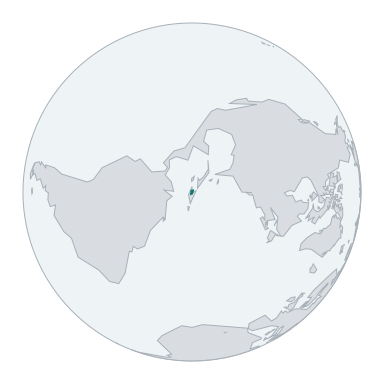 globe centered on Ouest, rotated 99°
{"feature_id": "HTI-1388", "entity_name": "Ouest", "entity_type": "Department", "adm_level": 1, "iso_a3": "HTI", "parent_name": "Haiti", "parent_adm1": "", "projection": "orthographic", "projection_center": [-72.52, 18.618], "detail": "fine", "context": "on_globe", "style": "filled", "palette": "teal", "viewbox_px": 384, "rotation_deg": 99, "n_neighbors": 0, "source": "natural_earth", "source_scale": "10m", "svg_char_len": 9825}
<svg xmlns="http://www.w3.org/2000/svg" viewBox="0 0 384 384"><g transform="rotate(99 192 192)"><circle cx="192" cy="192" r="169" fill="#eef3f6" stroke="#a8b0b8"/><path d="M175.5,221.9L171.5,220.0L167.6,224.8L154.2,216.1L149.5,205.9L109.4,185.7L105.6,179.9L106.0,171.5L95.4,141.6L98.7,168.6L94.1,162.7L90.9,152.7L93.4,150.8L92.2,136.8L88.5,130.7L90.6,113.8L103.0,94.7L103.8,98.3L106.7,93.8L105.9,89.2L104.7,87.4L113.5,69.6L112.7,59.1L106.9,59.7L112.6,56.9L97.7,61.4L93.7,60.6L101.7,59.3L105.2,57.5L104.2,55.5L107.5,53.3L108.9,51.3L113.0,49.1L117.3,49.1L120.1,47.8L119.2,46.6L122.7,43.9L123.6,45.9L129.9,41.7L138.3,42.1L137.3,51.1L145.4,51.3L153.5,60.9L156.2,58.8L160.9,61.9L165.8,60.8L165.9,63.4L169.7,60.4L168.6,58.2L170.0,56.3L172.7,55.6L173.4,58.6L172.1,59.4L173.7,60.0L172.8,61.9L174.8,60.6L175.2,64.6L178.9,59.7L182.7,62.3L181.9,65.2L176.6,66.0L161.6,76.5L159.1,80.6L160.9,85.2L175.6,91.0L175.1,95.5L178.4,100.7L181.1,97.5L179.6,92.3L185.5,88.1L182.9,82.8L184.9,80.5L184.4,75.1L190.2,75.0L196.2,77.9L196.9,82.6L199.6,84.2L203.5,79.3L209.4,88.1L221.1,94.6L222.0,97.3L215.4,102.6L203.5,103.2L194.9,112.1L206.3,105.7L208.4,113.3L211.2,114.5L214.4,113.9L216.0,110.9L217.9,113.6L207.3,120.5L205.4,118.1L208.7,115.8L203.2,116.4L196.0,122.0L197.6,125.9L185.2,131.7L186.1,134.8L184.0,138.0L183.2,132.6L184.3,142.7L169.9,154.0L171.1,172.2L163.6,158.0L157.0,156.1L149.1,156.1L149.1,159.1L138.6,156.3L128.9,161.8L125.1,175.9L128.5,187.2L140.2,188.5L143.9,182.6L152.6,181.8L146.1,197.9L161.2,200.9L159.5,213.1L163.9,219.5L171.5,218.0L179.4,221.1L185.1,214.1L194.2,210.2L194.4,220.0L199.4,210.9L204.5,215.5L222.6,214.3L221.3,216.6L236.5,227.1L252.9,230.4L256.8,236.9L254.8,241.5L260.5,242.0L260.5,244.7L282.8,245.4L293.9,250.0L293.3,259.4L283.7,271.8L274.1,294.4L256.5,303.8L251.4,312.2L236.7,324.6L226.1,324.7L228.6,329.7L222.3,333.1L215.3,333.8L213.6,337.2L208.4,337.5L211.6,339.5L202.8,343.9L204.8,347.0L198.3,350.0L199.9,351.6L197.5,351.6L195.0,352.2L194.6,353.1L187.6,351.6L186.0,347.8L188.8,345.8L185.7,345.4L191.6,339.8L188.1,340.9L189.5,331.7L194.7,323.4L198.5,296.8L195.0,291.3L182.1,284.6L166.5,262.1L170.7,252.9L167.3,248.3L178.5,234.9L175.5,221.9ZM33.3,146.2L34.6,142.4L34.2,145.4L33.3,146.2ZM35.1,139.8L34.7,141.1L35.0,139.9L35.1,139.8ZM35.2,138.7L35.1,139.5L35.0,138.9L35.2,138.7ZM35.1,137.7L35.2,138.0L35.1,137.7ZM170.1,178.3L187.4,187.1L177.5,188.1L179.4,186.5L175.0,182.9L166.9,179.5L158.2,181.2L170.1,178.3ZM35.4,135.0L35.6,134.2L35.8,134.2L35.4,135.0ZM178.0,168.4L175.0,167.7L178.0,167.6L178.0,168.4ZM103.6,87.1L105.5,89.4L105.0,94.6L103.0,92.8L103.6,87.1ZM105.1,78.3L106.9,78.4L103.5,82.7L103.5,81.3L105.1,78.3ZM102.0,61.0L102.9,62.0L100.9,61.8L102.0,61.0ZM108.4,51.5L107.1,51.9L108.4,50.7L108.4,51.5ZM181.2,75.7L182.7,75.4L182.0,76.5L181.2,75.7ZM179.5,73.7L177.6,75.2L176.5,74.5L177.7,73.6L179.5,73.7ZM115.8,46.4L118.3,44.5L116.5,46.4L115.8,46.4ZM182.1,72.1L174.8,73.1L172.9,71.9L176.0,67.6L182.1,72.1ZM120.3,43.5L126.3,39.5L123.8,40.1L134.2,36.7L125.6,40.9L123.8,42.9L122.8,42.5L120.3,43.5ZM167.1,57.9L168.3,60.1L164.8,59.0L167.1,57.9ZM164.5,57.7L151.6,57.9L151.2,54.7L155.6,55.1L153.0,51.8L159.1,50.0L161.9,51.5L161.0,53.8L164.1,51.4L164.5,57.7ZM138.9,35.8L141.0,35.0L139.6,35.9L138.9,35.8ZM170.2,55.5L167.6,55.7L167.1,52.8L172.1,52.0L170.7,53.1L170.2,55.5ZM149.3,51.9L149.8,49.8L154.9,47.8L155.8,46.8L159.2,49.7L149.3,51.9ZM172.2,53.4L174.7,51.7L177.5,52.5L172.7,55.2L172.2,53.4ZM164.8,52.5L164.8,51.2L166.5,51.6L164.8,52.5ZM188.8,54.9L185.7,54.9L185.1,53.3L188.8,54.9ZM175.4,51.0L174.5,50.7L173.9,50.2L176.1,49.2L175.4,51.0ZM162.6,48.2L164.6,47.9L161.4,46.9L165.1,45.6L166.8,47.9L167.6,46.3L168.7,45.9L168.8,48.3L162.6,48.2ZM176.6,46.8L180.0,49.7L185.8,50.0L186.4,51.3L177.0,50.7L176.6,46.8ZM172.0,47.4L175.0,47.3L174.3,48.8L171.8,49.9L172.0,47.4ZM167.0,43.9L160.9,45.3L160.8,44.8L167.0,43.9ZM178.4,46.5L177.6,45.9L178.9,46.4L178.4,46.5ZM170.7,44.3L168.6,44.8L168.4,44.2L170.7,44.3ZM177.6,44.2L178.7,45.1L177.1,45.8L177.6,44.2ZM174.6,44.0L174.9,43.1L175.8,45.5L173.6,44.3L174.6,44.0ZM170.9,43.6L170.2,43.4L171.8,43.5L170.9,43.6ZM183.3,41.5L184.8,44.4L181.2,45.7L180.2,42.6L183.3,41.5ZM199.3,354.5L188.2,352.2L194.4,353.3L198.9,351.9L204.7,353.6L199.3,354.5ZM212.5,350.6L217.6,349.5L218.8,349.8L215.5,350.7L212.5,350.6ZM323.1,85.4L325.4,88.8L320.9,83.9L312.6,73.8L311.7,72.8L323.1,85.4ZM304.5,65.9L304.3,65.8L300.2,62.2L304.5,65.9ZM298.9,61.2L303.4,65.1L304.8,66.3L307.9,69.2L306.8,68.3L304.8,66.5L305.0,67.2L314.5,76.6L316.9,78.8L320.4,84.8L324.9,89.3L327.5,93.2L320.9,87.2L318.0,84.0L309.6,80.2L312.9,83.9L321.1,88.0L320.6,88.6L325.1,94.5L321.3,90.5L311.4,85.8L311.6,92.4L319.6,110.9L318.0,115.0L313.1,115.1L302.2,100.6L307.0,93.3L303.2,88.8L295.4,85.1L297.5,83.5L294.9,81.3L296.0,78.7L291.0,71.1L291.1,68.5L282.6,62.1L281.6,60.1L286.9,64.3L290.6,66.1L290.2,60.6L288.2,58.5L282.8,55.0L283.3,54.3L278.1,51.7L274.7,47.9L274.4,50.6L268.0,47.4L262.4,43.6L260.3,43.3L269.4,49.5L273.0,51.7L276.2,52.6L286.2,59.9L287.7,62.7L277.2,57.5L278.2,61.1L269.5,56.1L250.3,41.2L245.5,37.2L251.4,35.8L256.2,37.9L256.5,39.2L262.2,40.3L258.9,39.1L259.3,38.7L253.3,36.2L253.4,35.9L247.5,34.3L246.9,33.7L250.6,34.7L241.2,31.2L238.1,29.8L236.0,29.2L234.5,29.0L231.6,27.8L230.2,27.5L230.5,27.7L227.9,27.3L222.0,26.4L221.4,26.0L223.4,26.3L226.6,26.6L228.4,27.0L241.1,30.3L253.6,34.7L265.7,39.9L277.3,46.2L288.4,53.3L298.9,61.2ZM225.8,26.5L222.4,26.0L219.0,25.6L220.2,25.5L219.5,25.5L217.7,25.2L215.2,24.8L213.6,24.8L194.0,24.1L187.2,23.6L190.5,23.2L176.0,24.0L169.6,24.6L169.9,24.6L163.3,25.7L165.2,25.5L164.9,25.7L148.6,29.7L144.3,30.8L137.7,33.7L137.9,33.8L140.8,33.1L134.2,36.7L123.8,40.1L123.9,39.4L117.4,42.4L118.6,40.7L116.6,41.1L121.6,38.4L120.9,38.7L125.1,36.8L126.7,36.4L126.0,36.5L127.7,35.8L129.2,35.2L129.5,35.0L141.1,30.9L152.9,27.6L164.9,25.2L177.1,23.7L189.3,23.1L201.5,23.3L213.7,24.4L225.8,26.5ZM353.0,243.4L353.0,243.2L353.7,241.1L353.0,243.4ZM357.2,227.4L358.6,219.8L359.0,203.2L359.2,190.6L358.3,187.1L357.1,190.9L355.5,186.7L354.4,188.2L344.1,203.0L338.4,199.0L325.7,181.3L325.7,170.6L321.3,160.6L317.8,115.8L322.1,114.6L325.0,100.8L326.3,100.7L331.3,108.5L337.9,110.0L333.6,102.0L334.1,100.7L340.2,110.8L345.6,121.6L350.2,132.7L354.0,144.1L357.0,155.8L359.2,167.6L360.5,179.5L361.0,191.6L360.6,203.6L359.3,215.6L357.2,227.4ZM324.8,135.6L326.3,138.7L324.8,135.6ZM223.2,214.2L225.4,215.9L222.5,216.2L223.2,214.2ZM176.1,192.2L179.8,192.5L181.7,194.0L178.8,194.5L176.1,192.2ZM207.1,192.1L211.4,192.8L206.9,193.8L207.1,192.1ZM190.1,188.2L203.7,191.9L195.1,195.0L186.6,192.8L192.5,191.9L190.1,188.2ZM176.2,174.2L178.5,175.0L177.8,176.8L176.2,174.2ZM180.2,168.4L179.3,168.6L178.2,167.1L180.2,168.4ZM209.0,112.9L209.9,112.4L213.2,112.5L211.7,113.8L209.0,112.9ZM227.9,105.9L230.6,110.5L227.6,107.9L226.0,110.4L217.7,108.4L222.0,98.5L221.5,103.2L227.9,105.9ZM207.8,103.8L212.6,105.7L207.2,104.0L207.8,103.8ZM279.5,73.7L282.1,73.9L284.9,76.8L284.7,81.5L280.6,77.2L279.5,73.7ZM285.1,73.6L274.7,67.8L274.4,65.1L276.3,67.5L277.2,66.3L280.5,69.9L290.4,73.5L293.6,76.4L291.4,82.7L290.4,78.8L287.9,78.7L285.1,73.6ZM248.5,62.3L244.0,61.0L249.2,56.6L252.9,58.5L252.9,62.9L248.6,63.4L248.5,62.3ZM189.0,64.8L186.9,65.4L186.7,64.5L188.3,63.2L189.0,64.8ZM187.4,55.0L197.8,61.4L196.0,62.3L204.3,65.6L202.7,69.4L197.3,67.1L202.3,72.8L196.9,72.2L200.8,75.9L189.1,70.3L184.4,70.4L190.2,68.8L191.9,65.1L191.1,63.6L185.6,59.6L176.2,58.5L176.3,55.2L178.9,53.1L181.2,52.9L180.4,55.0L184.0,53.2L184.6,56.1L187.4,55.0ZM208.8,37.4L206.9,38.9L214.2,37.8L214.9,39.8L215.7,39.6L218.3,41.3L222.8,43.1L222.3,44.1L224.3,44.4L226.0,45.8L228.6,46.6L228.6,48.8L231.7,50.1L229.9,50.4L235.3,52.2L231.3,51.9L233.2,54.0L236.1,53.2L229.9,65.2L230.4,71.2L233.0,76.7L225.8,76.1L218.8,70.9L212.8,64.2L213.4,58.8L210.0,59.8L209.3,57.6L212.3,57.7L207.3,56.3L207.5,54.6L202.2,50.1L194.9,49.6L192.7,48.1L195.7,47.5L191.5,46.5L195.7,44.5L194.3,43.5L197.0,40.7L203.5,40.5L201.4,39.4L203.4,37.6L208.8,37.4ZM184.2,40.7L191.9,39.4L196.0,40.0L189.6,44.6L190.3,45.8L186.4,49.3L180.5,48.4L182.1,47.4L182.4,46.3L184.1,47.0L182.9,45.6L185.2,44.4L184.9,43.0L187.5,42.9L184.2,40.7ZM324.4,96.8L324.8,96.1L324.6,94.4L327.5,98.3L324.4,96.8ZM317.9,93.7L317.8,92.3L321.8,96.5L321.4,97.4L317.9,93.7ZM314.3,88.3L317.5,92.0L315.5,90.5L314.3,88.3ZM286.4,63.1L285.8,61.8L287.1,62.4L289.0,64.1L286.4,63.1ZM230.6,36.2L228.8,36.5L227.8,36.1L222.1,35.7L221.2,34.4L224.3,34.1L230.6,36.2ZM328.4,93.8L328.8,93.5L329.2,94.9L328.4,93.8ZM228.6,34.7L226.3,34.6L227.3,34.0L228.6,34.7ZM220.2,33.4L220.7,32.7L220.4,34.2L220.2,33.4ZM217.5,26.5L226.5,28.3L232.4,29.4L234.7,29.4L235.3,30.4L226.2,28.7L217.5,26.5ZM196.9,24.3L194.9,24.7L193.2,24.4L193.4,24.3L196.9,24.3ZM197.6,24.6L200.0,25.5L197.1,25.7L195.8,24.9L197.6,24.6ZM214.6,29.1L217.4,29.6L216.5,30.0L214.6,29.1ZM140.2,34.9L140.9,35.0L139.1,35.4L140.2,34.9ZM166.1,25.5L165.3,25.8L163.2,26.1L166.1,25.5ZM162.1,27.0L165.0,26.4L162.2,27.2L162.1,27.0ZM171.5,25.3L166.3,26.3L170.8,25.2L171.5,25.3Z" fill="#d9dde1" stroke="#a8b0b8" stroke-width="1"/><path d="M194.0,191.8L193.9,192.0L193.6,192.0L193.4,192.1L193.5,192.1L193.7,192.4L193.7,192.5L193.9,192.6L194.0,192.8L194.3,192.9L194.2,193.0L193.8,192.9L193.7,192.9L193.4,192.9L193.2,192.8L192.9,192.8L192.7,192.8L192.4,192.7L192.2,192.6L191.9,192.8L191.7,192.8L191.4,192.9L191.4,193.0L191.2,193.0L190.9,193.0L190.7,193.0L190.7,192.9L190.6,192.7L190.7,192.4L190.9,192.5L191.0,192.5L191.3,192.6L191.5,192.5L191.6,192.4L191.7,192.2L191.8,192.2L192.3,192.2L192.4,192.3L192.5,192.3L192.5,192.2L192.5,191.9L192.4,191.7L192.2,191.7L191.9,191.5L191.9,191.4L191.7,191.2L192.0,191.0L192.3,191.1L192.4,191.3L192.5,191.4L192.8,191.5L193.2,191.7L193.4,191.7L193.6,191.6L193.8,191.7L194.0,191.8L194.0,191.8ZM189.9,191.2L190.0,191.0L190.5,191.1L190.9,191.3L191.1,191.4L191.2,191.5L191.2,191.8L191.1,191.7L190.7,191.6L190.3,191.4L190.1,191.4L189.9,191.2Z" fill="#14b8a6" stroke="#0f766e" stroke-width="1.5"/></g></svg>